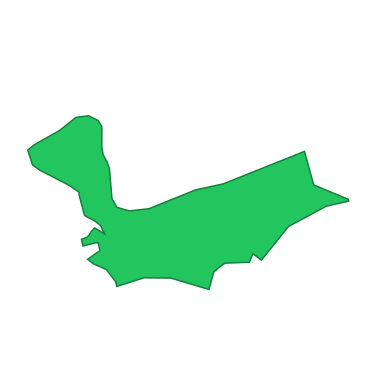 San Juan-Laventille, orthographic projection, rotated 257°
{"feature_id": "TTO-56", "entity_name": "San Juan-Laventille", "entity_type": "Region", "adm_level": 1, "iso_a3": "TTO", "parent_name": "Trinidad and Tobago", "parent_adm1": "", "projection": "orthographic", "projection_center": [-61.431, 10.671], "detail": "fine", "context": "isolated", "style": "filled", "palette": "green", "viewbox_px": 384, "rotation_deg": 257, "n_neighbors": 0, "source": "natural_earth", "source_scale": "10m", "svg_char_len": 837}
<svg xmlns="http://www.w3.org/2000/svg" viewBox="0 0 384 384"><g transform="rotate(257 192 192)"><path d="M116.9,97.4L121.7,97.5L135.7,91.1L144.2,79.8L149.9,75.1L155.6,89.1L163.9,89.1L164.2,85.3L163.9,73.6L170.7,73.6L171.5,79.3L173.3,82.3L176.0,84.7L179.0,89.1L170.7,97.5L179.9,95.3L186.5,90.0L190.8,84.6L193.5,82.0L215.0,81.3L217.1,82.0L226.2,73.7L247.2,48.9L254.3,42.7L269.8,41.4L273.4,48.6L281.8,76.9L290.8,95.7L289.6,108.3L282.6,116.8L275.8,118.9L256.5,114.3L248.4,113.8L240.2,116.1L233.1,116.8L203.4,112.5L193.9,115.4L187.7,126.7L185.4,146.3L193.3,196.1L192.9,224.3L206.3,310.7L171.5,312.2L149.7,342.6L147.9,342.6L148.0,319.9L136.7,278.3L110.0,244.3L118.2,237.4L110.6,232.2L115.2,208.4L113.4,203.5L109.0,195.1L93.2,186.6L112.9,152.0L119.2,125.7L117.3,102.1L116.9,97.4Z" fill="#22c55e" stroke="#15803d" stroke-width="1.5"/></g></svg>